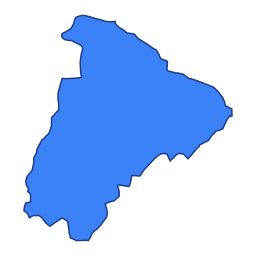 outline of Aqra, Ninawa, Iraq
{"feature_id": "34846034B43190647810772", "entity_name": "Aqra", "entity_type": "district", "adm_level": 2, "iso_a3": "IRQ", "parent_name": "Iraq", "parent_adm1": "Ninawa", "projection": "natural_earth1", "projection_center": [43.799, 36.668], "detail": "fine", "context": "isolated", "style": "filled", "palette": "blue", "viewbox_px": 256, "rotation_deg": 0, "n_neighbors": 0, "source": "geoboundaries", "source_scale": "gbopen_adm2", "svg_char_len": 3292}
<svg xmlns="http://www.w3.org/2000/svg" viewBox="0 0 256 256"><path d="M62.3,78.4L62.2,78.6L61.9,79.3L61.7,80.0L61.5,81.1L60.7,83.4L59.8,86.7L58.5,91.3L58.0,93.5L58.0,96.5L58.0,99.3L58.5,102.2L58.7,105.9L58.8,108.6L58.6,109.9L58.4,110.2L58.0,110.8L57.9,111.0L56.5,112.1L55.3,113.5L53.4,115.7L51.7,117.4L51.6,117.6L51.5,119.9L51.5,123.2L51.5,125.2L51.4,126.6L51.1,127.2L50.8,127.8L50.7,128.6L50.1,130.1L49.6,131.4L48.8,133.5L48.5,134.0L47.3,134.8L46.4,135.7L45.5,136.7L44.5,137.9L43.2,138.9L42.1,139.9L41.5,140.9L40.8,142.0L39.7,144.1L38.8,145.5L38.4,146.3L37.8,147.7L37.2,148.8L37.0,149.6L36.7,151.0L36.6,152.0L36.2,153.2L36.0,153.8L34.8,156.0L34.0,157.2L33.9,157.7L33.8,158.6L33.7,160.8L33.7,162.4L33.7,163.2L33.5,163.8L33.2,165.4L32.8,167.2L32.5,168.9L32.4,169.6L31.7,170.6L30.6,172.1L30.1,172.8L29.5,173.6L28.4,174.8L27.5,176.0L27.2,176.5L26.5,178.3L26.2,179.4L25.9,180.9L25.9,182.1L26.2,183.5L26.2,184.9L26.8,185.7L27.6,186.8L27.8,187.6L28.5,188.4L28.3,189.8L27.6,191.4L29.9,193.4L30.5,194.0L30.6,201.7L29.0,202.4L26.5,202.7L25.9,203.1L25.2,204.6L24.5,206.7L24.2,208.4L24.0,210.7L26.4,212.5L27.6,213.7L28.7,216.4L29.5,217.7L31.5,216.5L33.4,215.6L39.2,215.6L42.1,218.0L43.2,219.4L45.2,222.0L46.3,223.4L47.9,224.6L49.9,226.3L53.1,223.9L55.7,222.1L58.0,220.7L62.2,217.9L64.9,219.6L68.0,221.5L67.9,222.7L68.7,228.7L69.3,233.3L70.1,235.9L70.2,237.7L71.6,238.4L74.0,239.3L76.0,240.5L76.8,240.6L81.7,240.4L84.8,240.3L86.5,240.3L88.4,240.5L89.1,239.5L91.1,235.9L91.7,233.9L93.8,231.4L97.3,228.7L100.5,225.4L102.9,222.0L106.3,217.7L107.1,214.6L107.1,212.1L106.9,210.1L105.8,205.6L105.2,203.6L110.7,201.6L114.3,200.7L117.0,198.0L119.2,196.2L119.2,191.7L117.6,185.4L118.7,185.1L119.5,184.9L128.4,186.5L129.2,186.1L129.3,186.1L129.4,185.9L130.2,183.6L131.8,175.7L132.0,175.5L140.0,176.0L140.1,175.8L143.9,170.0L144.0,169.9L149.2,164.3L153.8,159.5L153.8,159.4L154.0,159.1L154.3,158.7L157.9,155.7L160.8,153.9L163.0,153.5L166.8,153.7L168.6,157.5L170.2,160.9L175.6,155.5L178.2,153.5L180.1,153.5L183.8,154.2L187.9,158.7L190.1,156.4L191.9,154.4L193.9,151.9L195.0,150.8L196.4,148.8L199.3,146.3L199.3,145.2L200.4,144.5L202.6,143.4L206.5,141.4L208.4,140.5L209.8,138.5L211.8,135.5L214.3,133.1L216.3,131.0L217.9,130.6L218.5,130.4L220.8,129.7L221.6,129.3L222.8,128.8L225.0,123.6L227.5,118.9L228.6,117.3L229.1,116.4L232.0,116.0L231.8,109.0L225.7,105.9L225.1,104.6L224.6,102.3L222.8,97.8L218.6,92.4L217.0,90.4L214.6,88.2L212.8,86.8L210.4,85.9L202.5,82.8L193.8,79.6L191.6,79.0L188.7,78.3L182.8,74.0L180.8,73.8L178.4,73.1L175.7,72.9L169.4,71.3L168.1,71.1L167.0,69.8L167.4,61.2L165.2,60.3L163.8,59.9L162.0,59.2L160.9,58.8L159.8,57.0L158.9,54.3L157.6,52.5L156.6,50.2L152.9,48.2L147.5,44.4L141.0,40.3L138.5,38.8L137.0,37.2L135.6,35.6L134.7,34.3L131.6,33.6L126.7,32.9L125.8,32.0L124.6,31.1L122.8,29.4L120.9,28.5L118.8,27.3L117.2,25.8L116.4,24.9L115.0,22.8L115.2,21.4L110.4,21.9L105.5,21.4L100.8,19.8L96.3,18.7L90.1,16.9L85.1,15.6L82.4,15.4L78.4,16.3L75.5,17.6L73.9,22.8L72.6,25.7L70.8,28.6L66.1,31.7L63.4,32.9L62.1,33.8L61.6,36.5L62.7,38.0L64.8,39.6L66.6,40.0L69.9,40.5L71.7,40.5L74.8,42.3L79.5,44.5L82.5,47.0L82.5,49.7L81.3,54.0L80.7,58.2L80.2,62.0L80.2,63.5L80.4,67.2L80.7,72.8L81.6,77.1L81.2,77.2L78.9,77.8L75.3,78.2L71.1,78.4L66.3,78.7L62.4,78.4L62.3,78.4Z" fill="#3b82f6" stroke="#1e3a8a" stroke-width="1.5"/></svg>